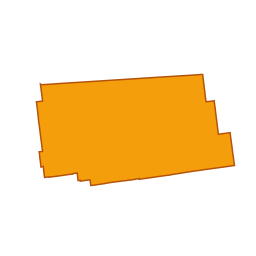 the district of Castellanos, Santa Fe, Argentina, rotated 71°
{"feature_id": "61730980B49644503791094", "entity_name": "Castellanos", "entity_type": "district", "adm_level": 2, "iso_a3": "ARG", "parent_name": "Argentina", "parent_adm1": "Santa Fe", "projection": "robinson", "projection_center": [-61.604, -31.24], "detail": "fine", "context": "isolated", "style": "filled", "palette": "amber", "viewbox_px": 256, "rotation_deg": 71, "n_neighbors": 0, "source": "geoboundaries", "source_scale": "gbopen_adm2", "svg_char_len": 2551}
<svg xmlns="http://www.w3.org/2000/svg" viewBox="0 0 256 256"><g transform="rotate(71 128 128)"><path d="M57.9,196.5L59.7,196.9L60.1,197.0L61.1,197.2L61.9,197.3L62.6,197.5L63.5,197.7L64.1,197.8L66.4,198.3L66.5,198.3L68.2,198.6L69.6,198.9L70.9,199.2L72.4,199.5L72.6,199.6L74.7,200.0L74.6,200.4L74.3,201.9L74.1,203.1L73.8,204.2L73.4,206.1L73.5,206.1L78.5,207.1L84.9,208.5L85.0,208.5L87.2,209.0L88.7,209.3L89.7,209.6L89.9,209.7L92.1,210.2L94.0,210.6L95.8,210.9L97.3,211.2L98.7,211.5L98.8,211.5L99.2,211.6L101.0,212.0L103.0,212.4L104.2,212.7L105.7,213.0L105.9,213.0L106.0,213.0L107.0,213.3L107.4,213.3L108.0,213.5L108.3,213.5L109.6,213.8L111.0,214.1L112.6,214.4L115.1,214.9L115.7,215.0L116.8,215.3L118.6,215.7L120.2,216.0L122.3,216.4L122.2,216.8L122.1,217.5L121.8,218.8L121.6,219.8L121.9,219.8L124.3,220.3L125.6,220.6L127.1,221.0L127.7,221.1L129.7,221.5L129.8,221.5L132.6,222.1L134.8,222.6L136.6,223.0L136.6,222.0L136.7,221.6L136.7,220.9L136.7,220.6L137.1,220.7L137.9,220.9L138.7,221.1L144.6,222.4L147.6,223.0L148.4,218.6L148.8,218.6L149.3,216.6L149.3,216.3L149.5,215.5L149.5,215.3L150.6,210.2L151.5,205.4L152.3,201.3L153.0,197.6L153.1,197.1L153.5,195.6L153.6,195.2L153.2,195.0L154.0,190.7L161.4,192.3L161.9,190.2L162.7,190.4L163.7,185.4L164.6,180.8L167.8,181.4L170.3,181.9L171.4,176.6L171.8,174.2L172.9,168.5L173.0,168.4L173.0,168.0L172.9,168.0L172.9,167.9L173.0,167.4L173.9,162.2L174.1,160.9L174.2,160.5L174.2,160.4L175.2,155.8L176.4,149.9L177.2,146.4L177.2,146.2L178.1,142.0L178.5,139.9L179.0,136.8L179.4,133.9L180.1,134.1L181.4,127.6L182.5,121.8L182.6,121.4L182.8,120.2L183.6,116.1L184.5,111.4L184.9,109.3L185.9,104.6L186.3,102.8L186.3,102.6L186.3,102.4L186.2,102.3L187.7,94.1L188.2,90.9L188.8,87.8L188.8,87.7L189.4,84.2L190.5,78.2L190.7,77.4L191.8,71.8L192.0,70.8L192.0,70.7L192.5,67.9L192.8,66.7L193.3,64.1L194.3,58.9L194.4,58.5L195.6,52.3L195.7,52.0L196.3,48.8L197.1,44.7L198.0,40.1L198.0,39.9L198.1,39.5L195.8,39.1L195.3,39.0L193.3,38.6L192.3,38.4L191.0,38.1L185.1,37.0L183.2,36.6L181.1,36.1L178.5,35.6L178.4,35.6L173.0,34.5L171.8,34.3L169.5,33.8L167.2,33.3L165.6,33.0L165.2,35.2L165.2,35.3L163.3,44.6L146.8,41.1L144.3,40.6L142.8,40.3L138.9,39.4L137.5,39.1L135.3,38.7L130.5,37.7L130.3,37.6L130.2,38.2L130.0,39.2L129.3,42.6L128.6,45.7L125.1,45.0L120.6,44.0L117.4,43.3L116.7,43.2L113.0,42.4L112.1,42.2L109.8,41.7L105.4,40.8L101.7,40.0L101.5,40.4L99.1,49.4L94.7,65.3L90.3,81.1L87.0,93.2L82.4,110.1L79.2,121.7L74.1,140.3L68.8,159.6L64.3,175.9L61.1,187.8L59.3,194.4L58.9,195.6L57.9,196.5Z" fill="#f59e0b" stroke="#b45309" stroke-width="1.5"/></g></svg>